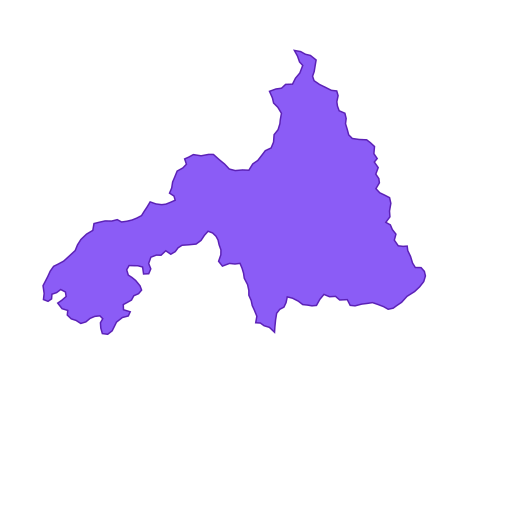 Santa Luzia, Minas Gerais, Brazil (Mercator projection), rotated 225°
{"feature_id": "56859067B83544904508322", "entity_name": "Santa Luzia", "entity_type": "district", "adm_level": 2, "iso_a3": "BRA", "parent_name": "Brazil", "parent_adm1": "Minas Gerais", "projection": "mercator", "projection_center": [-43.827, -19.726], "detail": "fine", "context": "isolated", "style": "filled", "palette": "violet", "viewbox_px": 512, "rotation_deg": 225, "n_neighbors": 0, "source": "geoboundaries", "source_scale": "gbopen_adm2", "svg_char_len": 3227}
<svg xmlns="http://www.w3.org/2000/svg" viewBox="0 0 512 512"><g transform="rotate(225 256 256)"><path d="M239.2,410.6L245.0,411.7L249.6,417.2L255.3,417.0L259.9,416.4L265.5,411.3L271.0,407.2L276.1,407.2L281.1,410.1L286.2,412.8L289.5,417.0L294.1,419.8L299.9,417.5L304.4,419.6L307.9,422.2L311.3,427.4L315.6,429.8L319.9,426.4L325.1,424.7L332.4,422.2L338.9,421.0L343.1,423.1L345.3,427.6L348.4,431.9L352.1,437.1L359.3,436.3L363.7,433.6L369.0,432.1L374.2,428.5L368.0,426.7L362.4,424.0L357.7,423.8L354.4,416.4L353.8,409.6L351.7,403.3L356.4,398.3L356.6,392.7L360.0,388.2L362.9,382.0L356.2,379.4L351.7,376.6L345.7,376.6L338.9,374.9L335.3,369.7L332.6,366.4L329.7,360.9L329.0,354.6L324.1,348.9L321.7,343.1L323.9,337.1L323.0,330.5L322.3,324.8L323.4,318.8L321.7,311.6L326.4,307.3L331.1,301.7L336.4,298.6L343.3,298.8L350.4,298.1L357.9,297.7L361.3,294.4L365.7,288.0L372.0,283.4L373.5,278.3L375.1,274.2L370.1,271.7L370.0,266.5L371.8,260.3L369.3,254.4L367.3,249.4L363.7,244.5L361.6,239.3L356.4,240.4L352.6,238.3L354.4,233.6L356.4,228.9L359.0,225.6L363.5,222.1L369.1,219.4L367.7,213.8L366.7,208.8L365.5,203.6L367.1,198.5L369.1,193.8L371.8,189.4L375.1,185.0L379.8,183.6L382.8,178.6L387.5,174.1L390.6,169.2L393.5,164.4L389.5,158.7L391.3,151.7L391.5,143.9L390.1,137.7L387.7,132.0L388.0,124.0L388.4,116.3L390.2,110.3L391.8,105.6L390.8,99.8L388.7,94.2L387.3,89.8L385.6,84.4L379.3,79.7L375.5,74.9L371.0,76.9L370.2,81.1L373.3,84.7L371.1,89.1L370.4,94.2L365.3,95.8L361.6,93.1L362.0,87.5L362.9,82.5L355.9,81.6L350.6,84.4L347.7,80.8L342.2,80.9L337.7,83.2L332.2,84.4L329.7,89.1L329.2,94.6L327.3,99.3L324.1,103.3L320.0,103.3L318.8,98.8L314.8,95.3L309.8,92.5L305.5,95.8L304.8,101.4L306.2,105.6L307.9,110.6L307.0,118.0L303.9,123.3L305.5,127.6L311.7,124.3L315.5,127.8L314.2,132.1L312.9,136.8L314.3,141.5L312.4,146.3L312.8,151.0L316.9,152.9L323.9,153.6L328.6,153.1L332.8,152.2L337.7,154.8L339.0,159.5L335.7,162.6L332.6,165.6L328.4,168.0L322.8,163.8L319.3,167.6L321.3,172.5L326.6,174.8L329.5,180.8L327.1,186.2L323.7,189.4L323.5,195.9L317.5,197.0L316.2,202.0L316.9,206.7L315.9,211.3L311.3,216.6L306.8,222.1L305.9,228.2L307.1,234.2L307.4,239.6L303.0,241.6L298.3,241.7L294.2,240.5L290.1,237.9L285.1,235.5L281.7,232.0L278.7,225.8L272.6,225.1L269.5,232.0L265.2,235.5L262.1,239.5L257.0,237.4L252.6,235.0L248.6,232.0L241.7,229.8L236.6,226.5L233.3,223.2L227.9,221.1L223.6,218.3L219.2,216.7L212.8,214.0L209.0,208.6L205.5,211.7L201.0,212.4L196.1,215.0L189.0,215.2L192.5,219.2L197.0,224.7L200.9,230.1L201.5,235.1L200.1,239.6L201.8,244.3L205.0,249.2L200.3,252.0L194.1,254.0L188.6,254.7L184.9,257.7L181.2,260.3L178.3,263.8L180.2,270.5L180.8,276.9L175.2,279.2L171.2,283.7L165.7,284.1L160.6,289.7L154.5,287.7L150.7,290.8L147.2,296.8L143.9,301.0L140.7,305.4L135.4,308.0L130.0,310.4L124.9,311.8L122.1,316.1L121.4,320.6L120.3,326.2L120.7,334.3L118.7,343.0L118.5,349.9L119.3,356.5L122.1,361.7L126.1,364.2L131.1,364.5L135.2,360.5L140.3,361.7L146.5,365.0L152.5,367.1L156.1,369.9L158.8,366.8L162.6,363.8L169.4,365.0L172.5,370.4L178.3,371.1L183.0,373.0L188.0,371.6L189.0,378.4L193.4,382.2L197.9,388.6L202.8,391.7L208.1,390.0L213.2,388.2L218.8,388.4L220.5,395.0L223.9,397.6L229.2,398.6L232.1,404.9L238.8,406.1L239.2,410.6Z" fill="#8b5cf6" stroke="#5b21b6" stroke-width="1.5"/></g></svg>